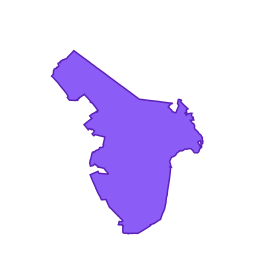 the district of Baneasa, Constanta, Romania, rotated 147°
{"feature_id": "2599482B79766722586515", "entity_name": "Baneasa", "entity_type": "district", "adm_level": 2, "iso_a3": "ROU", "parent_name": "Romania", "parent_adm1": "Constanta", "projection": "mercator", "projection_center": [27.719, 44.045], "detail": "fine", "context": "isolated", "style": "filled", "palette": "violet", "viewbox_px": 256, "rotation_deg": 147, "n_neighbors": 0, "source": "geoboundaries", "source_scale": "gbopen_adm2", "svg_char_len": 5682}
<svg xmlns="http://www.w3.org/2000/svg" viewBox="0 0 256 256"><g transform="rotate(147 128 128)"><path d="M83.1,69.3L82.8,69.3L81.7,69.6L81.1,69.9L80.0,70.8L79.4,71.2L78.1,71.9L77.7,72.5L77.4,72.8L77.3,73.8L77.1,74.0L77.0,74.3L77.3,74.8L77.1,77.4L77.0,78.2L74.3,78.1L74.2,77.7L74.2,77.4L74.3,77.2L74.8,76.4L76.4,72.5L76.5,72.3L77.3,72.1L77.5,72.0L77.9,71.6L77.5,71.6L77.6,71.8L77.3,72.0L76.5,72.2L76.3,72.3L75.4,74.6L74.3,74.2L73.8,74.4L73.4,74.7L72.9,75.8L72.2,76.3L72.1,77.4L72.0,77.9L71.3,78.9L70.9,79.3L70.8,82.7L71.5,84.5L71.4,86.3L72.5,91.2L72.4,91.6L72.3,91.8L70.9,93.6L70.8,93.8L70.6,96.1L71.1,96.4L71.3,96.6L71.3,96.9L71.5,100.5L68.8,99.1L68.5,98.8L68.4,98.9L68.3,99.6L67.9,100.6L68.3,100.9L68.2,101.0L67.5,101.5L68.1,102.3L67.9,104.0L67.0,105.0L67.0,105.4L66.9,105.6L66.6,105.6L67.4,106.3L68.4,106.6L70.1,107.2L71.1,107.3L71.3,107.3L71.3,107.1L71.8,107.0L72.1,107.0L72.1,109.5L71.9,109.7L71.2,109.7L70.9,108.9L70.3,108.8L69.4,111.4L68.8,111.3L68.3,111.4L67.3,111.3L67.2,111.7L67.4,111.8L67.6,112.6L67.7,113.4L68.2,115.0L69.6,121.4L68.1,122.1L68.3,122.8L69.9,124.4L70.2,124.5L73.2,121.5L73.2,119.1L76.5,116.9L78.6,115.4L79.0,115.0L79.8,114.7L81.0,116.5L82.1,117.6L81.7,118.6L81.7,119.0L81.7,119.4L81.8,119.8L82.1,120.4L82.4,122.5L82.6,123.3L82.8,123.6L81.2,124.3L81.0,124.2L80.5,124.4L80.6,124.6L80.4,124.7L79.7,124.8L79.1,124.8L78.0,124.4L77.7,124.4L77.8,124.7L77.6,124.9L79.1,126.0L86.0,131.8L87.6,133.3L95.9,140.1L100.3,143.9L102.9,146.0L105.6,153.4L108.1,160.1L110.1,165.6L110.6,166.6L113.3,174.0L115.8,180.6L118.3,187.6L121.8,196.6L122.4,198.4L122.8,199.5L123.3,200.7L123.8,202.0L124.6,204.5L129.4,217.1L131.3,222.4L134.5,221.5L139.7,220.4L140.6,220.0L141.8,219.7L143.8,220.2L144.1,220.3L144.6,220.1L145.8,220.8L146.1,220.6L148.7,220.7L148.7,220.3L148.8,219.9L149.1,219.7L149.6,219.8L150.8,220.3L151.3,220.4L151.5,220.2L151.8,219.6L151.9,218.9L152.3,217.6L152.5,217.5L153.2,217.4L154.8,217.7L155.1,217.3L155.4,217.1L156.6,217.5L158.0,217.5L159.3,216.5L159.6,216.1L160.2,215.4L160.5,214.9L161.2,214.1L161.2,213.7L161.3,213.6L161.8,213.6L162.5,213.4L163.3,213.3L163.8,213.1L163.7,212.9L163.6,212.6L162.2,204.7L161.8,199.6L161.3,195.8L160.8,190.6L160.9,187.7L161.1,187.1L162.3,186.6L162.2,186.2L162.1,185.0L162.2,184.4L161.8,183.5L161.9,183.2L157.1,179.7L156.4,179.4L156.2,179.8L155.8,179.7L155.5,178.7L155.2,178.6L154.8,178.7L154.5,179.0L154.4,179.5L154.2,179.6L153.0,179.5L152.9,179.9L152.5,179.9L152.5,179.6L152.3,179.6L151.9,180.0L150.6,179.8L147.7,180.0L147.6,179.8L147.4,179.8L146.3,180.1L146.1,178.6L145.6,175.7L145.4,175.2L145.3,173.6L145.1,172.9L145.0,172.2L144.9,170.4L145.3,170.3L145.5,170.3L145.5,170.2L145.0,169.6L145.0,169.4L145.0,169.1L144.3,168.8L144.2,166.6L143.6,159.1L144.8,159.1L144.4,158.6L145.2,158.1L145.4,158.1L145.6,158.2L146.1,158.8L147.5,159.0L151.1,159.3L151.9,159.1L153.2,159.1L153.5,159.0L153.4,157.9L153.3,157.1L153.2,156.3L153.0,155.8L153.3,155.8L161.2,155.0L162.5,154.9L163.0,154.8L162.9,153.3L162.7,152.7L162.6,151.0L162.3,148.1L162.2,148.0L160.8,148.6L160.5,148.5L160.4,148.3L160.1,148.0L159.9,147.6L160.0,147.4L159.7,146.9L159.6,146.5L159.3,146.5L158.9,146.7L158.3,145.6L158.0,144.8L157.7,143.8L160.0,142.9L161.0,142.6L161.3,142.6L161.0,140.4L160.8,140.1L160.4,140.1L159.3,140.5L156.2,137.2L152.4,133.2L153.3,132.2L153.2,132.1L157.7,127.8L157.5,127.6L159.5,125.6L161.2,126.3L161.9,126.9L162.4,127.0L163.4,126.3L163.8,126.2L164.8,126.0L167.0,126.6L167.7,126.5L168.3,126.3L169.0,126.4L169.6,126.2L169.9,126.2L170.1,126.9L170.3,126.9L171.1,126.9L171.3,126.8L172.3,126.1L175.8,122.5L176.7,122.0L177.5,121.3L179.1,119.5L179.2,119.3L180.3,116.5L177.8,115.6L176.0,115.7L175.5,115.9L175.0,115.3L175.1,114.7L175.0,114.3L174.7,113.1L174.3,112.6L174.1,112.3L174.6,111.8L174.5,111.6L172.5,109.8L171.7,109.0L170.8,108.0L170.1,107.4L170.0,107.1L169.9,106.0L170.0,105.0L169.9,104.2L169.5,102.7L169.5,101.8L169.4,100.6L169.5,100.3L170.6,100.9L171.2,101.3L175.1,104.3L175.4,104.5L175.8,105.0L176.3,105.1L177.1,105.8L176.8,108.0L185.2,109.4L186.1,104.8L186.8,100.7L187.5,96.0L187.7,95.3L188.2,92.4L188.7,88.9L188.8,86.0L189.2,83.2L189.4,82.4L189.3,82.2L185.3,79.9L185.8,77.9L185.8,77.7L186.7,71.9L186.6,71.2L186.1,69.7L185.9,68.5L185.8,68.2L185.6,67.7L185.7,67.3L185.6,66.9L185.1,64.7L184.9,63.5L184.6,62.1L184.3,60.6L184.2,59.7L183.9,59.5L183.9,59.4L184.0,59.2L183.6,57.5L183.5,56.2L183.3,55.7L183.1,54.9L182.9,54.1L182.9,53.7L183.1,53.2L183.2,52.7L183.4,52.5L184.1,52.9L185.2,53.5L185.9,54.0L186.3,54.4L187.5,53.3L188.2,52.4L188.7,52.2L188.2,51.6L187.1,50.8L186.1,50.4L185.5,50.2L185.8,49.5L185.9,49.0L185.8,48.4L185.4,48.4L185.8,47.8L186.2,47.7L186.6,47.3L189.1,43.4L189.0,42.7L188.7,42.0L186.6,40.7L185.8,39.9L185.6,39.4L185.3,39.1L184.7,39.2L180.9,36.7L180.7,36.7L180.1,36.5L179.4,35.9L178.4,35.2L177.3,34.3L176.9,34.3L176.6,34.3L175.5,34.2L172.2,34.0L170.0,34.0L166.2,33.9L162.2,33.9L162.1,34.7L161.2,34.4L159.9,34.2L158.8,34.1L158.6,34.0L158.5,33.7L152.2,33.8L150.6,33.6L145.5,37.6L144.7,37.9L141.6,40.1L139.9,41.7L137.1,44.5L135.9,46.0L135.6,46.4L134.9,47.3L133.2,49.3L132.8,49.4L131.7,50.5L128.4,54.5L121.0,62.7L117.6,66.8L113.9,71.4L113.8,71.7L114.0,72.2L114.0,72.3L113.9,72.4L114.0,72.7L113.9,72.7L113.7,72.6L113.1,71.9L113.1,72.0L112.9,72.3L112.7,73.0L112.4,73.8L112.0,75.0L111.8,75.8L111.4,76.8L111.1,77.4L110.8,77.7L109.8,78.3L108.6,79.1L107.3,79.8L105.1,79.2L104.5,79.4L104.2,79.3L103.9,79.2L102.8,79.3L100.6,80.4L98.4,80.5L97.1,80.5L96.4,80.7L96.1,80.1L95.7,79.8L95.5,79.6L95.1,79.4L94.0,79.2L91.9,79.3L91.4,79.3L91.2,79.1L90.9,78.8L90.6,78.3L90.4,78.2L89.4,77.9L87.6,77.3L87.3,77.0L86.7,76.3L86.4,75.8L86.1,75.0L86.0,74.2L85.9,73.6L85.9,71.5L85.8,71.2L85.3,70.7L83.1,69.3Z" fill="#8b5cf6" stroke="#5b21b6" stroke-width="1.5"/></g></svg>